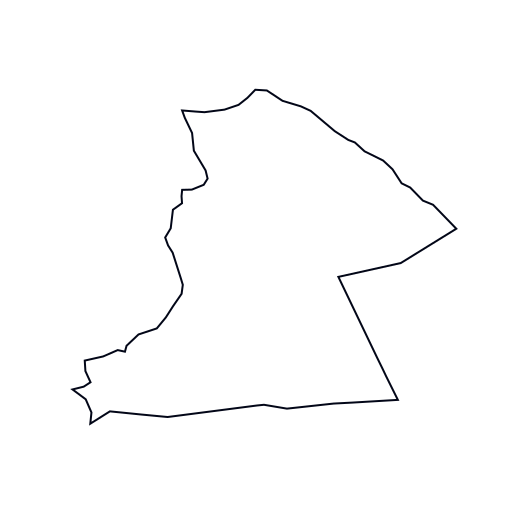 Luís Gomes, Rio Grande do Norte, Brazil, rotated 81°
{"feature_id": "56859067B37861563649073", "entity_name": "Luís Gomes", "entity_type": "district", "adm_level": 2, "iso_a3": "BRA", "parent_name": "Brazil", "parent_adm1": "Rio Grande do Norte", "projection": "natural_earth1", "projection_center": [-38.413, -6.378], "detail": "fine", "context": "isolated", "style": "outline", "palette": "ink", "viewbox_px": 512, "rotation_deg": 81, "n_neighbors": 0, "source": "geoboundaries", "source_scale": "gbopen_adm2", "svg_char_len": 1010}
<svg xmlns="http://www.w3.org/2000/svg" viewBox="0 0 512 512"><g transform="rotate(81 256 256)"><path d="M159.3,140.6L155.8,146.7L145.0,158.7L121.2,179.3L115.2,188.3L106.9,205.5L94.2,219.4L91.7,230.7L98.5,239.8L104.0,249.6L106.5,264.2L105.9,284.4L103.9,293.0L100.7,306.2L108.4,304.7L124.5,299.9L142.3,300.9L163.6,292.4L172.0,291.7L177.5,296.5L180.4,309.0L179.1,318.6L185.3,320.2L192.3,320.8L197.3,330.8L215.3,335.9L223.5,342.8L231.8,341.2L239.7,337.8L266.5,333.7L273.0,332.8L281.7,335.4L292.5,345.7L302.5,354.6L312.0,365.3L315.1,384.3L324.4,397.9L330.0,400.4L327.3,407.3L331.3,422.7L332.5,441.5L343.0,442.5L354.8,439.2L358.1,446.6L359.1,458.1L370.9,446.6L384.8,443.0L395.7,445.9L386.6,424.6L394.7,393.8L401.2,368.5L403.8,278.5L404.2,271.4L411.6,249.3L413.9,202.3L415.8,184.3L420.3,138.4L395.1,146.3L387.3,148.6L375.3,152.3L289.5,177.9L285.6,114.1L260.4,53.9L233.1,73.1L227.4,82.5L212.5,93.0L207.0,100.8L191.7,107.6L181.6,115.5L169.6,132.4L159.3,140.6Z" fill="none" stroke="#020617" stroke-width="2"/></g></svg>